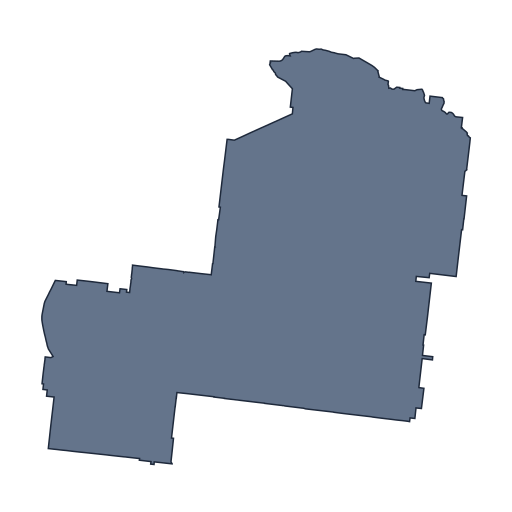 the district of Coolamon, New South Wales, Australia, rotated 268°
{"feature_id": "25037944B40233060499011", "entity_name": "Coolamon", "entity_type": "district", "adm_level": 2, "iso_a3": "AUS", "parent_name": "Australia", "parent_adm1": "New South Wales", "projection": "robinson", "projection_center": [147.189, -34.6], "detail": "fine", "context": "isolated", "style": "filled", "palette": "slate", "viewbox_px": 512, "rotation_deg": 268, "n_neighbors": 0, "source": "geoboundaries", "source_scale": "gbopen_adm2", "svg_char_len": 5802}
<svg xmlns="http://www.w3.org/2000/svg" viewBox="0 0 512 512"><g transform="rotate(268 256 256)"><path d="M69.6,50.1L68.9,54.6L68.2,59.9L67.2,66.1L66.2,73.0L65.9,75.2L65.4,78.9L62.4,100.1L62.2,101.3L61.7,104.5L59.9,117.0L59.8,118.1L59.7,118.8L59.3,121.3L57.9,130.8L57.7,132.6L56.0,132.3L54.2,143.9L51.7,143.5L51.2,146.8L53.8,147.1L51.2,164.9L51.4,164.9L51.5,164.8L52.4,164.3L53.1,163.9L53.4,163.9L53.7,163.9L64.0,165.4L76.7,167.2L77.0,165.2L98.9,168.5L104.2,169.3L107.5,169.8L108.2,169.9L108.2,170.0L117.5,171.4L117.4,171.5L122.3,172.2L120.7,183.5L116.8,209.2L116.5,209.1L114.9,219.5L114.7,219.5L109.6,252.6L108.6,259.4L108.4,259.5L105.9,275.5L105.8,276.1L105.8,276.3L105.8,276.6L105.7,276.8L105.6,277.0L105.5,278.4L105.1,279.7L102.4,296.8L102.3,297.7L102.1,298.5L102.0,298.8L101.7,299.6L101.5,300.2L97.4,327.4L97.3,327.9L97.1,328.4L95.5,338.1L91.8,362.4L91.3,365.8L91.1,366.3L90.6,369.2L89.0,379.1L88.1,385.2L87.3,390.0L86.7,394.2L86.4,396.5L85.9,399.6L85.5,402.0L85.1,403.7L88.8,404.3L88.1,409.1L98.6,410.6L97.8,416.0L117.9,419.2L118.8,414.2L119.2,414.2L147.7,418.5L146.0,428.7L149.2,429.1L150.8,418.9L161.1,420.4L161.2,419.8L171.5,421.3L171.3,422.4L188.9,425.2L222.8,430.3L225.1,414.8L230.0,415.5L228.3,428.3L232.6,429.0L228.5,455.3L245.2,457.8L275.2,462.4L275.0,463.4L285.3,464.9L285.8,464.9L285.8,465.2L308.7,468.6L309.4,464.0L309.6,464.0L333.3,467.7L334.8,469.7L335.1,469.5L355.0,472.6L362.2,473.7L366.6,474.3L367.4,473.2L368.6,472.5L368.9,471.6L370.8,471.2L371.4,471.5L372.5,470.7L376.3,466.6L376.3,466.4L376.9,466.5L377.0,465.7L387.2,467.3L388.1,460.8L388.5,460.0L388.6,459.8L388.8,459.5L389.1,459.2L389.7,458.9L390.7,458.4L391.7,457.5L392.1,457.0L392.5,456.5L392.7,455.9L392.9,454.4L392.9,453.9L392.8,453.7L392.6,453.5L392.3,453.2L391.6,452.6L391.4,452.3L391.2,452.0L391.2,451.7L391.3,451.4L392.2,450.6L392.7,450.3L393.0,449.9L394.1,448.4L394.3,447.9L394.5,447.4L394.8,447.0L395.2,446.7L395.7,446.5L396.2,446.4L396.6,446.5L397.0,446.6L397.5,446.9L398.0,447.2L398.9,447.6L400.2,448.2L400.6,448.4L402.0,449.2L404.0,449.4L404.9,449.0L406.5,448.9L407.6,447.7L407.8,447.7L409.7,435.5L402.5,434.4L403.1,431.1L403.4,430.8L403.7,430.6L404.2,430.3L404.5,430.2L405.2,429.9L405.6,429.8L406.9,429.5L407.6,429.4L408.0,429.3L408.3,429.3L409.0,429.5L409.8,429.7L410.4,430.0L410.6,429.9L411.1,429.9L413.9,429.1L414.8,428.6L415.8,428.4L416.9,427.6L416.6,422.8L415.8,420.9L415.6,420.5L415.8,419.3L417.3,409.5L417.2,409.5L417.3,408.4L418.3,408.5L418.7,405.5L419.4,405.6L419.8,402.5L417.9,399.7L418.0,397.8L419.2,396.2L419.0,394.6L421.9,394.4L422.8,393.9L425.9,394.4L426.4,394.1L427.3,391.0L427.4,390.8L428.1,389.8L430.4,385.4L430.5,385.5L436.3,384.2L436.7,384.5L440.4,381.0L442.4,378.4L445.5,373.5L450.3,365.8L450.2,361.3L450.0,360.4L454.0,352.9L455.2,345.0L456.1,342.1L456.4,341.4L457.0,338.4L458.1,336.1L458.4,335.0L459.1,332.8L459.6,330.3L460.5,328.4L460.4,326.3L460.8,323.7L460.5,322.3L458.6,318.0L458.2,316.7L459.0,308.6L458.6,308.1L458.2,307.3L458.2,307.2L458.1,306.8L457.9,306.0L457.8,305.6L457.8,305.1L457.8,304.7L458.0,304.2L458.1,303.7L458.1,303.3L458.2,302.7L458.1,301.7L458.1,301.2L458.0,300.7L457.9,299.7L457.8,299.3L457.7,298.9L457.5,297.9L457.3,297.3L457.2,296.7L456.8,296.5L456.5,296.6L454.8,297.2L455.2,294.2L455.1,293.6L455.1,293.3L455.1,293.0L455.0,292.7L454.9,292.5L454.8,292.2L454.7,292.0L454.5,291.7L454.4,291.6L454.2,291.5L453.5,291.0L452.7,290.5L451.8,289.8L451.3,289.4L451.1,289.2L450.6,288.5L450.3,287.9L450.2,287.7L450.1,287.3L449.9,286.8L449.9,286.5L449.9,285.3L450.4,277.1L448.5,276.8L448.5,277.1L446.7,276.3L441.8,278.9L441.8,279.1L441.7,279.2L440.2,280.1L439.8,280.2L439.4,280.5L438.2,281.7L437.9,281.8L437.2,281.8L436.9,281.9L436.6,282.0L434.7,283.5L434.3,283.7L434.0,284.0L431.2,288.9L429.6,291.7L426.7,294.1L422.0,298.1L421.8,298.2L403.6,295.5L403.2,298.1L396.8,297.3L388.7,277.6L383.8,265.6L379.2,254.4L375.6,245.9L372.5,238.4L373.5,232.6L373.6,231.2L353.3,228.0L344.8,226.6L306.3,220.7L306.0,222.1L293.5,219.9L293.6,219.2L290.8,218.8L283.8,217.7L276.7,216.4L267.9,215.4L266.8,215.3L266.6,215.4L266.6,215.1L258.3,213.9L251.5,212.9L249.9,212.7L249.8,212.3L245.8,211.7L240.8,210.9L238.8,210.6L239.1,208.9L239.8,203.9L240.3,200.4L242.1,188.7L242.1,188.4L242.0,188.2L242.3,186.7L242.6,184.8L242.6,184.5L242.5,184.1L242.2,183.5L242.0,183.3L242.5,183.2L242.9,182.9L242.9,182.6L243.8,177.9L243.8,177.5L244.0,176.9L244.1,176.6L245.6,167.7L246.0,164.6L246.1,163.4L246.6,160.6L247.8,152.9L248.8,147.4L250.3,137.7L251.2,132.3L250.7,132.3L249.8,132.2L249.3,132.1L248.8,132.0L248.3,131.9L247.5,131.9L246.7,131.8L245.5,131.6L244.0,131.4L243.1,131.3L241.7,131.0L241.1,130.9L240.7,130.9L240.2,130.8L239.7,130.7L238.9,130.6L238.1,130.9L237.8,130.9L237.5,130.9L236.9,130.5L236.6,130.3L235.8,130.2L234.8,130.1L234.2,130.1L233.2,129.9L232.3,129.7L231.4,129.6L229.7,129.3L228.2,129.0L227.8,128.9L227.3,128.9L223.9,128.4L224.4,125.3L227.0,125.7L228.0,119.0L224.0,118.3L225.9,105.8L233.5,107.0L235.1,97.0L235.3,95.8L236.2,90.1L237.2,83.4L238.2,76.5L232.9,75.7L234.4,65.2L237.0,65.5L238.6,54.6L236.2,53.3L229.6,49.8L227.2,48.4L225.2,47.4L218.5,43.7L217.6,43.3L215.8,42.7L206.4,40.5L204.5,40.1L203.1,39.9L200.8,39.8L199.4,39.8L198.4,39.9L197.5,40.0L194.4,40.4L190.7,41.0L188.8,41.3L187.2,41.6L185.5,41.9L182.4,42.6L178.6,43.3L175.6,44.0L175.1,44.0L173.1,44.4L172.3,44.7L171.6,44.9L170.9,45.1L170.3,45.3L169.8,45.5L169.3,45.9L167.7,46.8L164.6,48.6L162.6,49.7L161.6,47.5L162.5,41.8L162.1,41.7L161.7,41.7L161.1,41.6L160.6,41.5L160.2,41.5L159.7,41.5L159.0,41.3L157.2,41.0L156.6,40.9L156.1,40.9L155.7,40.7L155.1,40.6L154.2,40.5L153.3,40.4L152.9,40.3L152.4,40.2L149.8,39.8L146.1,39.2L140.6,38.4L135.8,37.7L135.5,39.2L130.1,38.4L129.4,42.7L123.2,41.8L122.1,49.3L106.2,46.9L105.6,46.8L103.0,46.4L92.3,44.8L70.8,41.7L70.5,43.8L70.0,47.1L69.6,50.1Z" fill="#64748b" stroke="#1e293b" stroke-width="1.5"/></g></svg>